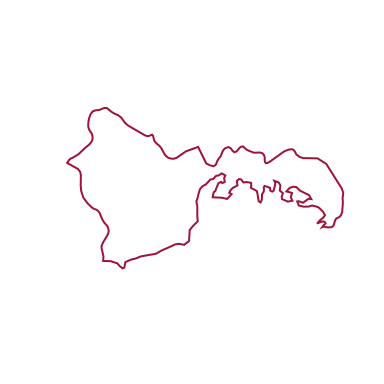 map outline of Fukui (Natural Earth projection), rotated 222°
{"feature_id": "JPN-1848", "entity_name": "Fukui", "entity_type": "Prefecture", "adm_level": 1, "iso_a3": "JPN", "parent_name": "Japan", "parent_adm1": "", "projection": "natural_earth1", "projection_center": [136.049, 35.808], "detail": "fine", "context": "isolated", "style": "outline", "palette": "rose", "viewbox_px": 384, "rotation_deg": 222, "n_neighbors": 0, "source": "natural_earth", "source_scale": "10m", "svg_char_len": 3163}
<svg xmlns="http://www.w3.org/2000/svg" viewBox="0 0 384 384"><g transform="rotate(222 192 192)"><path d="M71.7,253.2L72.0,255.5L71.7,257.0L71.8,258.1L73.5,258.6L74.9,257.8L76.2,256.0L78.0,252.2L78.0,256.4L77.3,260.6L77.7,263.8L81.2,265.0L86.6,265.3L88.3,265.0L90.1,264.3L93.8,262.2L95.4,259.4L99.1,255.9L103.6,253.4L107.5,255.4L106.6,256.5L102.3,258.3L100.9,264.9L98.6,266.5L102.9,268.0L112.5,265.3L117.7,265.5L120.3,263.7L122.2,260.2L122.2,255.6L117.1,258.2L114.8,254.0L111.6,252.7L114.3,249.0L120.4,247.0L122.2,248.5L123.7,252.0L127.7,251.8L130.8,256.1L133.9,257.1L138.3,255.4L136.3,254.5L134.9,252.7L132.2,247.6L132.7,245.9L134.8,245.4L136.8,247.3L139.4,246.3L142.2,245.0L141.6,243.3L140.3,242.1L139.0,240.4L138.4,237.1L137.6,236.2L134.9,233.0L134.1,230.1L136.3,229.8L139.6,232.4L142.0,234.4L144.6,236.1L151.0,234.5L152.5,236.7L154.3,238.3L158.1,235.9L160.2,233.5L164.0,234.2L165.7,233.1L166.0,230.1L162.6,227.3L164.4,222.5L164.6,219.1L163.8,216.3L161.2,216.9L161.2,210.4L165.9,207.8L173.1,201.9L175.7,206.3L175.3,208.2L176.7,211.8L178.2,216.1L177.2,219.0L175.4,218.9L174.4,221.4L177.5,223.9L178.3,226.6L182.3,225.8L183.4,221.9L184.6,220.7L185.0,219.2L184.9,216.0L186.7,213.5L186.7,211.3L186.8,207.0L188.1,203.1L188.0,199.5L185.9,194.9L183.7,191.1L182.6,188.1L178.5,184.9L171.7,177.4L168.2,174.1L168.5,167.6L168.3,162.3L163.9,156.7L161.4,153.7L162.5,147.5L167.0,144.8L169.4,141.9L172.7,134.2L175.2,128.8L177.6,121.8L186.8,110.1L189.5,104.6L191.9,101.2L194.6,95.4L191.7,90.4L192.6,88.8L196.5,88.6L199.8,89.0L206.2,86.2L211.8,81.3L214.5,84.5L214.8,85.0L221.0,89.3L221.7,89.9L223.0,91.3L223.6,92.8L224.4,95.3L225.7,102.0L226.4,104.8L227.7,107.2L229.8,108.9L232.1,110.0L236.5,110.5L240.1,111.5L247.3,114.9L250.9,115.0L253.3,114.0L255.9,113.5L261.9,113.7L269.0,115.1L275.3,118.8L279.1,122.4L285.9,130.2L288.5,132.1L292.1,132.8L304.2,130.1L304.8,133.6L304.5,135.6L303.3,138.5L301.6,144.3L300.9,153.8L300.2,157.7L300.1,160.6L300.6,163.3L301.8,165.4L303.5,167.1L305.6,168.3L310.4,169.6L312.7,171.0L315.1,173.7L317.7,177.7L319.5,182.1L319.7,185.5L318.3,188.2L315.9,190.8L313.3,195.9L311.2,197.5L305.4,197.7L302.3,198.3L298.0,199.7L294.5,199.9L288.1,198.6L284.0,198.6L264.5,202.7L262.1,204.0L261.0,205.8L260.0,207.9L258.5,207.7L254.6,205.0L252.3,204.5L249.9,204.4L247.0,204.5L244.1,204.0L237.6,201.7L235.0,201.3L232.5,201.6L230.1,202.7L228.0,204.3L226.4,206.8L223.7,218.1L217.6,229.6L200.7,222.8L196.9,223.7L193.3,225.5L192.6,227.4L192.7,228.7L194.1,232.5L194.4,233.9L194.6,237.7L196.2,241.9L196.8,244.3L196.6,246.9L194.8,249.9L192.3,250.4L189.8,249.8L187.3,249.8L186.2,251.5L186.0,253.5L186.2,256.0L186.0,258.1L184.5,260.1L182.7,259.9L180.0,260.0L177.6,260.6L172.3,262.6L167.8,266.9L165.5,267.9L163.2,267.6L161.0,266.3L159.1,264.1L157.8,263.2L156.4,262.8L155.5,263.9L154.6,265.9L150.8,283.4L149.5,286.4L148.1,288.7L146.2,290.8L144.4,291.2L142.3,290.8L139.6,289.7L135.2,290.1L131.7,291.9L121.2,301.0L110.9,302.7L83.0,294.8L79.2,292.7L77.6,290.7L76.1,288.3L72.8,285.1L66.9,277.5L65.8,274.5L65.7,272.2L66.9,269.1L67.0,267.9L66.2,265.6L65.1,263.6L64.3,261.3L64.8,259.3L66.8,257.1L68.7,255.6L71.3,254.2L71.7,253.2Z" fill="none" stroke="#9f1239" stroke-width="2"/></g></svg>